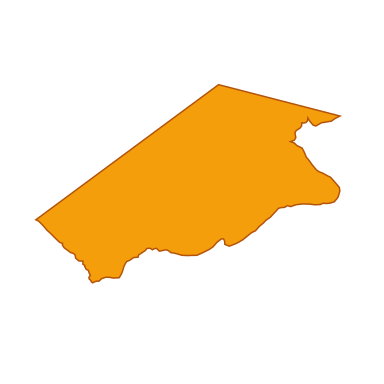 outline of Ngchemesed, Palau, rotated 287°
{"feature_id": "81905179B10873583367862", "entity_name": "Ngchemesed", "entity_type": "district", "adm_level": 2, "iso_a3": "PLW", "parent_name": "Palau", "parent_adm1": "", "projection": "robinson", "projection_center": [134.501, 7.511], "detail": "fine", "context": "isolated", "style": "filled", "palette": "amber", "viewbox_px": 384, "rotation_deg": 287, "n_neighbors": 0, "source": "geoboundaries", "source_scale": "gbopen_adm2", "svg_char_len": 1784}
<svg xmlns="http://www.w3.org/2000/svg" viewBox="0 0 384 384"><g transform="rotate(287 192 192)"><path d="M302.4,186.0L119.8,50.8L119.3,53.9L116.3,59.5L113.1,64.5L110.7,69.5L107.3,75.8L105.1,80.3L105.0,83.3L103.4,83.5L101.2,86.2L99.9,90.0L98.6,93.4L98.6,96.6L97.6,98.6L94.7,100.1L93.0,104.0L94.0,107.9L91.0,108.8L90.4,111.0L89.2,111.3L87.1,113.5L86.7,115.8L84.4,117.4L82.6,119.1L80.1,118.4L78.7,119.2L77.7,121.4L76.7,121.9L76.1,123.5L78.0,125.6L79.1,127.3L79.5,129.1L82.7,130.9L85.4,134.7L86.3,138.1L86.7,142.0L88.8,147.5L93.3,148.5L96.2,148.7L101.4,148.7L106.2,149.7L108.7,152.6L112.2,155.3L113.9,159.5L116.1,159.3L122.4,164.5L124.7,165.2L126.0,168.2L125.2,171.1L126.7,172.5L127.8,174.7L126.8,176.3L125.9,178.0L126.7,179.7L128.4,182.6L129.2,184.6L129.0,186.6L127.8,189.6L128.3,192.2L128.5,196.4L128.5,200.7L129.8,206.0L131.0,209.4L132.9,215.2L137.0,219.9L142.1,225.3L145.8,228.2L151.0,230.5L155.8,233.8L156.3,236.0L154.5,237.6L151.5,238.7L151.1,243.5L155.9,249.6L161.1,254.5L166.2,257.9L170.6,260.9L173.4,264.0L178.9,266.5L183.0,269.2L186.6,271.0L190.8,274.3L195.1,276.3L198.8,278.2L201.6,279.4L203.1,281.7L204.4,285.1L206.8,287.1L206.9,290.7L210.2,295.1L212.8,300.9L214.7,307.6L215.7,313.2L217.6,318.6L219.4,320.2L220.4,324.2L221.8,327.4L224.2,330.9L226.9,332.1L229.5,333.1L231.6,333.2L236.2,333.1L239.5,331.5L243.9,324.6L246.6,320.1L247.2,316.3L248.2,311.7L248.5,307.8L249.4,304.7L253.3,298.7L256.1,295.2L258.8,291.1L262.8,287.8L266.2,284.5L267.1,278.6L268.7,275.7L269.0,271.5L271.4,274.7L274.3,275.4L278.8,273.1L281.5,273.8L284.5,276.5L287.1,277.5L290.3,276.8L290.6,278.8L291.9,280.8L293.8,281.6L296.6,281.2L295.6,282.1L293.2,285.3L291.5,288.1L291.3,291.1L296.0,295.5L300.5,304.6L304.0,307.2L307.9,311.3L302.4,186.0Z" fill="#f59e0b" stroke="#b45309" stroke-width="1.5"/></g></svg>